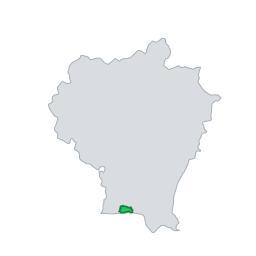 location of Byerastavitsa, Grodno, Belarus, rotated 284°
{"feature_id": "67162791B90230438084188", "entity_name": "Byerastavitsa", "entity_type": "district", "adm_level": 2, "iso_a3": "BLR", "parent_name": "Belarus", "parent_adm1": "Grodno", "projection": "mercator", "projection_center": [23.993, 53.236], "detail": "fine", "context": "in_parent", "style": "filled", "palette": "green", "viewbox_px": 256, "rotation_deg": 284, "n_neighbors": 0, "source": "geoboundaries", "source_scale": "gbopen_adm2", "svg_char_len": 5288}
<svg xmlns="http://www.w3.org/2000/svg" viewBox="0 0 256 256"><g transform="rotate(284 128 128)"><path d="M204.5,183.7L200.7,183.4L196.2,183.5L193.6,185.3L190.8,184.5L188.8,185.5L184.3,190.4L182.6,193.0L180.9,197.0L179.9,200.0L180.4,202.1L181.3,204.1L181.4,206.1L181.9,207.8L180.8,209.0L180.1,210.7L178.2,210.4L175.9,208.7L175.4,206.4L173.6,204.7L172.4,203.9L170.5,203.7L167.4,204.5L163.3,205.1L160.3,205.2L158.6,206.1L156.1,206.9L155.2,205.9L153.8,203.2L152.7,200.5L151.9,199.4L151.2,199.0L150.4,199.1L149.4,200.0L148.7,200.8L146.2,201.8L145.0,202.8L143.8,205.3L143.0,205.1L142.1,204.5L141.1,201.8L139.8,201.1L137.7,201.1L135.0,200.5L132.8,199.7L132.0,199.9L130.8,201.0L129.4,201.2L126.3,200.2L125.7,200.6L124.0,203.7L123.1,203.8L122.7,203.5L122.9,200.8L121.2,199.9L118.2,199.7L116.1,200.1L115.1,200.0L114.5,199.5L112.0,195.0L110.6,194.7L108.2,194.9L104.6,194.4L100.4,193.4L98.2,193.0L97.0,192.0L94.4,191.7L87.6,189.8L84.8,189.4L80.7,189.4L74.4,189.0L70.4,189.2L68.5,189.9L66.4,190.2L59.0,190.8L56.3,191.3L55.5,192.2L54.7,194.3L51.6,197.8L48.6,200.2L48.1,200.4L46.3,199.1L44.9,198.7L43.2,198.6L42.0,199.0L41.2,199.6L41.3,202.3L41.1,202.6L39.8,199.3L39.9,196.4L40.7,194.7L41.5,193.2L41.2,190.9L42.1,187.8L42.1,185.7L41.7,184.7L41.0,183.6L39.1,182.4L38.2,181.4L35.6,180.2L33.0,178.6L32.5,177.6L32.6,176.9L33.1,175.9L35.1,173.0L37.2,170.1L38.6,168.9L45.9,165.2L47.1,163.9L47.4,161.7L47.2,157.2L46.8,153.2L46.2,150.3L44.8,145.0L41.0,134.0L38.7,122.4L40.2,123.1L43.7,123.4L46.5,122.6L47.9,122.5L49.2,122.7L52.9,122.1L53.8,123.1L55.4,124.0L58.6,122.7L61.5,121.1L64.4,121.3L64.9,120.5L65.6,116.3L66.5,115.4L70.0,115.9L71.3,115.1L72.7,113.1L74.8,111.8L76.5,111.8L78.3,110.4L79.2,111.3L79.6,113.1L79.0,114.4L79.3,115.0L80.5,115.6L82.7,115.6L84.1,115.0L84.4,114.3L84.4,112.8L84.1,111.5L83.1,110.4L81.4,109.8L80.2,109.8L80.0,109.0L80.4,107.5L81.5,104.6L82.8,102.0L83.6,101.0L83.7,100.1L83.6,98.6L83.5,95.7L84.7,91.7L86.3,88.7L88.4,87.8L91.0,87.2L92.6,85.8L93.4,84.2L94.1,81.6L94.9,81.0L101.1,81.4L102.1,78.8L102.6,78.0L103.8,77.3L104.6,76.3L104.3,75.6L102.7,75.2L99.0,74.8L98.3,73.9L98.5,72.9L99.5,70.2L100.4,66.7L100.9,64.0L101.0,62.4L101.5,62.0L104.6,61.5L105.6,60.9L108.2,57.2L110.2,56.6L115.3,57.6L117.7,57.5L120.7,57.7L120.9,57.4L122.0,53.7L127.1,47.8L129.8,45.8L131.5,45.3L132.1,45.4L134.8,48.5L135.5,48.7L137.3,47.4L140.4,47.3L141.9,48.3L144.0,52.2L145.1,52.6L148.1,50.5L149.8,49.8L150.9,49.8L156.7,52.7L157.1,53.7L157.1,54.8L156.3,58.3L157.4,60.4L158.8,61.8L161.8,59.4L162.9,58.8L164.1,58.8L165.7,57.9L166.8,56.5L167.9,56.1L170.1,56.4L173.9,56.1L178.3,58.2L178.7,58.8L180.9,61.2L181.7,62.5L182.5,62.8L183.7,64.0L185.2,64.8L186.3,64.5L186.9,64.9L187.4,65.9L187.4,67.4L187.2,72.0L185.6,74.3L185.4,75.2L185.5,76.1L186.8,78.1L188.4,81.1L188.8,82.8L188.8,84.1L186.6,88.0L185.8,88.9L185.3,90.8L185.0,92.7L185.2,93.5L188.9,96.5L191.7,98.1L192.3,98.9L192.3,99.4L190.9,102.7L190.7,103.5L192.9,104.9L194.1,107.0L195.2,110.4L197.3,113.7L205.1,118.5L205.8,119.4L206.0,120.4L205.8,122.6L204.3,126.8L205.7,127.5L209.1,127.3L213.3,127.8L218.3,130.8L218.3,132.2L217.8,133.4L218.1,134.7L218.7,135.8L223.0,139.1L223.4,140.0L223.5,141.7L223.4,142.8L222.2,143.1L220.8,143.6L218.6,145.0L217.8,147.0L214.3,149.8L212.1,151.0L210.4,151.1L206.2,150.5L204.8,149.2L204.2,147.9L202.6,147.4L200.5,147.3L197.6,147.5L197.0,147.9L196.5,149.4L195.3,152.0L194.4,153.5L198.1,158.7L199.9,160.8L200.5,162.1L200.5,163.0L199.6,164.1L199.8,166.2L201.6,169.1L201.0,169.5L200.8,173.0L200.8,176.8L201.3,177.7L202.2,178.4L203.1,179.8L204.4,182.9L204.5,183.7Z" fill="#d9dde1" stroke="#a8b0b8" stroke-width="1"/><path d="M44.1,141.7L44.2,142.3L44.4,143.2L44.8,144.4L45.1,145.1L45.4,145.9L45.8,146.2L46.1,146.4L46.2,146.7L46.2,147.2L46.3,147.4L46.5,147.7L46.7,147.9L47.0,148.2L47.2,148.4L47.4,148.5L47.4,149.0L47.4,149.3L47.3,149.6L47.0,149.6L46.9,149.9L46.8,150.1L46.7,150.5L46.5,151.1L46.5,151.4L46.7,151.7L46.9,152.1L47.1,152.4L47.3,152.8L47.5,152.7L48.0,152.4L48.4,152.4L48.6,152.5L48.9,152.5L49.1,152.4L49.5,152.4L49.6,152.1L49.6,151.8L49.7,151.7L49.9,151.7L50.1,151.6L50.2,151.4L49.9,151.1L49.7,150.9L49.9,150.8L50.2,150.9L50.5,150.7L51.0,150.6L51.3,150.6L51.4,150.3L51.6,150.2L51.8,150.1L51.9,149.9L51.9,149.7L51.7,149.5L51.6,149.4L51.2,149.4L50.7,149.3L50.7,149.0L50.7,148.8L50.9,148.5L51.0,148.3L51.0,148.0L51.0,147.9L50.9,147.8L50.9,147.5L51.0,147.4L51.3,147.1L51.4,146.8L51.4,146.6L51.3,146.4L51.1,146.3L50.9,146.3L50.9,146.2L51.0,146.0L51.2,145.9L51.4,145.9L51.5,145.7L51.5,145.3L51.5,144.9L51.3,144.7L51.3,144.4L51.3,144.2L51.2,144.1L51.1,143.9L50.9,143.7L50.8,143.4L50.8,143.1L51.0,143.0L51.3,142.9L51.3,142.7L51.3,142.4L51.4,142.2L51.5,142.1L51.6,141.9L51.4,141.6L51.2,141.5L51.1,141.4L50.9,141.3L50.7,141.5L50.5,141.4L50.4,141.2L50.5,141.1L50.5,140.9L50.6,140.7L50.5,140.4L50.6,140.1L50.4,139.9L50.2,139.9L50.1,139.7L49.9,139.6L49.5,139.6L49.4,139.7L49.5,139.9L49.5,140.0L49.4,140.1L49.1,140.2L48.9,140.1L48.6,140.0L48.6,140.3L48.3,140.5L48.3,140.3L48.3,140.2L48.3,139.8L48.2,139.7L47.9,139.8L47.6,139.9L47.3,139.9L47.1,139.8L46.8,139.8L46.7,140.0L46.2,140.0L45.8,140.0L45.6,139.9L45.4,139.8L45.3,139.6L45.1,139.6L44.9,139.5L44.9,139.8L44.9,140.0L44.9,140.4L45.0,140.6L45.0,140.8L44.9,141.0L44.5,141.1L44.5,141.4L44.5,141.5L44.3,141.6L44.2,141.7L44.1,141.7Z" fill="#22c55e" stroke="#15803d" stroke-width="1.5"/></g></svg>